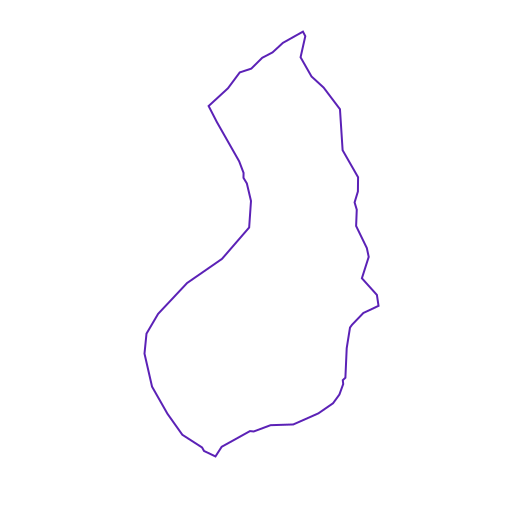 Parramos, Sacatepéquez, Guatemala (orthographic projection), rotated 328°
{"feature_id": "79465075B95275885163057", "entity_name": "Parramos", "entity_type": "district", "adm_level": 2, "iso_a3": "GTM", "parent_name": "Guatemala", "parent_adm1": "Sacatepéquez", "projection": "orthographic", "projection_center": [-90.819, 14.594], "detail": "fine", "context": "isolated", "style": "outline", "palette": "violet", "viewbox_px": 512, "rotation_deg": 328, "n_neighbors": 0, "source": "geoboundaries", "source_scale": "gbopen_adm2", "svg_char_len": 851}
<svg xmlns="http://www.w3.org/2000/svg" viewBox="0 0 512 512"><g transform="rotate(328 256 256)"><path d="M295.3,103.7L293.8,121.5L291.9,166.8L289.5,178.9L286.8,183.1L286.7,189.6L280.9,206.7L265.3,228.2L225.7,240.4L183.2,242.4L142.3,253.2L122.0,263.8L109.7,279.7L98.6,311.7L97.3,342.8L98.8,368.6L108.8,389.8L108.6,393.8L115.4,404.5L125.8,399.6L158.1,401.3L161.1,403.6L178.7,407.2L198.3,418.6L225.5,422.5L243.3,421.7L253.3,417.7L262.1,410.8L263.8,407.3L267.3,406.6L284.1,382.2L297.8,366.5L301.0,365.2L316.9,361.2L333.5,363.2L337.9,353.1L334.0,331.0L351.1,316.5L354.2,308.0L356.8,283.6L366.0,270.1L368.0,262.8L376.6,255.3L384.3,243.3L385.5,212.2L405.0,176.0L402.6,149.0L398.2,133.2L399.1,111.1L414.3,95.7L414.7,90.6L391.8,89.5L377.9,92.1L366.3,91.2L351.3,94.6L339.5,91.7L321.1,98.9L295.3,103.7Z" fill="none" stroke="#5b21b6" stroke-width="2"/></g></svg>